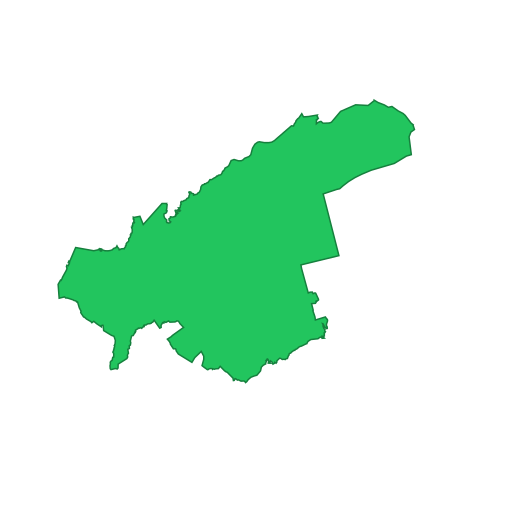 the district of Nicolás Romero, México, Mexico, rotated 156°
{"feature_id": "50627088B48014744788931", "entity_name": "Nicolás Romero", "entity_type": "district", "adm_level": 2, "iso_a3": "MEX", "parent_name": "Mexico", "parent_adm1": "México", "projection": "albers", "projection_center": [-99.37, 19.634], "detail": "fine", "context": "isolated", "style": "filled", "palette": "green", "viewbox_px": 512, "rotation_deg": 156, "n_neighbors": 0, "source": "geoboundaries", "source_scale": "gbopen_adm2", "svg_char_len": 6152}
<svg xmlns="http://www.w3.org/2000/svg" viewBox="0 0 512 512"><g transform="rotate(156 256 256)"><path d="M352.3,341.4L353.0,339.9L352.6,339.2L353.1,339.0L353.0,337.8L353.7,337.2L353.4,336.0L353.6,335.8L354.9,336.3L355.8,335.2L356.0,334.4L356.8,334.0L356.7,333.4L357.3,332.9L358.0,333.0L358.3,330.5L359.7,327.6L361.0,327.5L361.6,326.2L362.2,326.3L362.2,325.8L363.3,324.4L365.3,323.5L365.9,321.9L366.6,321.2L368.4,320.7L369.8,319.8L370.3,318.5L371.3,318.2L371.6,317.3L373.1,316.7L373.5,316.2L374.2,316.7L376.4,317.4L377.7,317.1L378.5,317.3L378.2,318.7L378.8,319.9L378.9,321.8L380.5,320.6L383.1,320.8L384.7,320.1L386.9,320.3L389.1,320.9L391.8,322.2L394.1,324.3L394.1,325.1L395.4,326.0L395.4,324.7L395.1,323.5L395.7,323.5L396.2,324.1L396.3,325.8L396.5,326.1L397.1,326.2L397.4,325.8L402.1,326.8L417.3,337.1L428.4,326.8L428.9,327.5L430.2,326.3L429.3,325.4L431.5,323.5L432.5,324.5L433.5,323.4L433.6,321.8L434.8,320.3L441.5,315.2L442.5,314.1L443.9,313.0L444.3,313.5L444.6,313.3L448.3,310.6L453.0,297.5L447.5,296.5L447.0,295.1L445.4,294.3L444.0,293.1L440.8,290.2L440.3,289.3L438.9,288.4L438.6,287.0L438.1,287.0L437.7,286.7L438.5,280.5L438.3,276.8L439.1,275.7L439.1,275.1L438.3,270.4L437.6,269.9L436.5,267.4L433.5,263.2L433.1,261.8L430.7,262.3L429.2,259.1L426.1,254.2L425.6,255.3L424.6,255.3L423.9,254.9L425.5,249.8L420.3,242.3L418.4,240.4L418.8,236.2L420.4,233.2L421.9,231.8L421.7,231.5L422.1,230.6L423.3,229.5L423.3,228.9L424.5,227.9L424.6,227.3L425.6,226.7L425.9,226.2L425.6,224.9L427.1,221.5L428.1,221.7L429.9,219.2L431.2,219.0L432.3,218.3L433.0,216.5L434.0,215.1L435.0,212.3L434.7,211.2L430.3,210.4L428.7,209.2L427.6,209.8L425.9,213.3L415.7,214.8L414.3,215.9L413.9,217.6L413.0,218.5L412.1,219.0L411.1,222.9L409.3,223.0L408.2,225.7L407.0,225.7L405.7,227.7L405.4,229.4L402.3,233.4L401.5,233.6L400.5,233.3L398.4,234.9L397.5,235.1L397.6,235.8L396.5,236.1L396.2,237.3L393.3,237.6L392.8,238.0L391.7,237.4L390.4,237.3L389.8,236.4L388.6,237.1L387.0,237.0L387.0,237.4L386.6,237.6L386.8,238.2L386.4,238.4L384.4,237.7L382.6,238.1L380.4,237.3L379.1,237.2L378.4,237.6L377.3,237.5L375.2,238.8L373.3,229.2L371.7,229.3L371.0,231.2L368.4,233.1L367.5,232.2L366.6,233.3L365.3,232.0L362.3,232.2L361.6,230.6L357.3,228.9L356.1,228.6L354.7,229.0L353.3,227.8L352.9,224.9L351.2,220.2L364.8,217.4L366.2,216.8L370.8,216.1L369.9,213.0L369.8,211.0L370.1,210.3L369.2,204.8L367.3,204.0L367.1,203.3L367.5,201.8L366.8,198.0L357.8,184.9L353.2,188.1L344.8,191.1L344.5,185.7L345.8,182.8L349.9,177.8L348.6,175.3L346.6,171.9L346.1,171.7L344.6,172.0L343.0,171.6L341.6,170.8L341.8,170.1L341.0,170.2L339.8,169.4L338.8,169.4L336.2,168.4L333.6,169.8L331.5,164.1L330.7,162.6L329.6,161.5L326.7,153.8L327.3,151.4L326.5,151.2L325.5,151.9L325.3,152.4L324.5,152.3L323.5,150.2L322.6,150.2L320.6,147.8L317.8,146.7L317.2,145.6L317.0,144.6L315.5,145.0L313.5,146.2L309.9,147.3L306.1,147.1L303.7,146.7L298.6,149.2L296.3,152.3L293.8,153.3L291.0,153.5L290.8,154.2L289.0,155.9L289.4,156.4L287.6,157.4L287.1,156.7L287.5,156.5L287.1,155.0L288.4,153.2L286.4,152.2L286.9,153.8L285.7,153.8L285.4,154.2L284.5,152.6L284.5,150.3L282.8,150.5L282.1,151.3L281.3,149.9L280.2,150.5L279.5,151.8L276.0,153.0L275.0,152.3L274.1,150.8L272.4,150.3L271.4,149.5L270.5,149.9L269.0,149.6L267.1,151.6L266.1,152.1L265.7,153.0L264.7,153.3L263.7,153.2L262.8,153.7L259.6,154.4L259.0,154.0L258.0,154.6L256.5,154.5L253.2,155.5L251.1,155.2L246.0,155.4L245.3,155.2L243.4,156.8L239.9,157.4L233.0,155.2L231.0,155.7L229.3,155.5L229.1,153.9L227.0,153.2L227.5,154.5L227.7,155.5L226.9,154.9L226.0,155.2L226.0,156.1L225.5,156.4L225.0,158.0L224.4,157.9L223.4,158.6L223.8,159.1L223.4,160.3L223.0,160.5L223.5,162.5L223.1,163.0L223.5,164.0L222.7,166.0L222.7,167.1L222.3,166.7L222.2,163.5L221.3,161.1L220.5,160.8L220.3,160.9L219.8,162.4L220.1,162.9L219.4,165.0L217.3,167.3L216.8,168.1L216.6,169.2L217.0,169.7L217.4,172.1L227.8,173.4L226.9,176.4L226.3,183.0L225.8,183.2L224.6,189.9L221.0,188.6L219.9,189.3L219.7,190.3L219.1,190.3L218.9,189.9L216.8,190.4L216.5,191.1L216.6,197.6L217.1,198.3L219.2,198.4L219.2,200.1L221.4,201.0L223.3,201.0L219.5,225.8L218.6,229.6L180.1,222.6L169.4,285.4L155.1,284.0L152.2,283.4L148.1,284.7L141.1,286.4L133.7,287.4L126.0,287.7L115.8,287.5L92.0,284.3L77.9,286.1L72.9,285.4L67.7,302.6L64.1,306.2L59.8,307.1L59.3,311.7L59.0,311.9L60.3,314.4L62.5,323.8L63.7,326.4L67.1,330.7L71.0,337.3L74.6,338.0L77.3,341.8L82.1,346.6L84.6,350.2L84.7,349.9L92.3,347.9L103.5,353.6L119.9,353.7L132.7,347.5L135.0,347.7L140.2,349.8L140.9,350.3L141.8,352.4L142.4,352.7L144.7,352.8L147.1,352.2L145.4,355.9L144.7,355.6L144.2,356.1L143.3,356.2L143.5,357.0L143.1,357.4L143.3,357.8L143.1,358.1L143.4,359.1L142.6,359.8L151.4,362.1L156.0,363.8L156.3,367.4L160.7,364.7L162.1,364.4L164.4,363.3L165.4,362.1L167.4,361.0L168.8,359.5L170.7,360.5L192.4,353.9L195.4,353.6L198.3,354.4L202.3,356.2L206.5,359.0L208.3,359.3L211.5,358.6L213.8,357.0L215.4,355.8L219.6,350.6L221.9,349.7L226.7,349.9L228.8,349.1L230.6,349.0L233.2,350.0L236.8,353.1L239.9,353.3L244.1,349.6L245.6,349.1L248.6,348.9L249.3,348.1L251.1,346.9L251.5,347.1L252.8,346.3L253.0,345.7L255.1,344.5L257.5,345.1L258.8,344.6L259.3,345.0L261.0,344.3L262.8,344.3L265.4,343.8L267.0,344.5L269.9,342.6L270.4,342.9L272.4,342.5L273.6,342.9L273.9,342.5L276.3,342.7L278.2,341.5L279.6,339.2L282.0,337.2L283.1,337.3L284.5,336.5L288.2,337.0L287.7,338.0L287.8,338.3L289.5,339.7L289.5,340.8L289.8,341.1L291.0,341.8L291.5,341.3L291.3,340.1L291.5,339.3L292.6,338.4L293.7,336.7L295.8,336.6L297.3,335.7L299.2,335.9L300.6,335.6L302.0,336.2L302.7,335.8L303.1,335.2L303.5,333.6L304.3,333.3L305.6,331.0L307.3,331.5L306.9,329.9L308.0,330.0L306.8,328.1L307.9,327.9L310.2,330.1L311.1,330.6L311.4,330.4L311.6,327.8L310.4,328.1L309.8,326.9L312.0,326.2L312.0,327.1L313.1,325.9L312.7,325.6L313.4,325.0L316.2,325.4L318.2,326.6L318.9,325.6L320.4,325.4L321.0,323.3L320.3,322.6L320.0,321.9L320.7,321.4L322.4,321.6L323.4,322.9L323.7,322.7L323.9,323.1L323.8,324.0L322.9,325.2L324.0,327.8L323.9,329.6L323.4,331.1L322.8,331.9L320.9,331.8L319.8,332.4L318.9,333.4L319.5,333.9L318.4,335.4L316.3,339.1L316.8,340.1L316.4,340.4L320.5,342.2L346.2,330.6L345.9,339.5L351.9,340.9L352.3,341.4Z" fill="#22c55e" stroke="#15803d" stroke-width="1.5"/></g></svg>